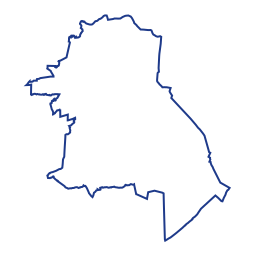 San Martín Texmelucan, Puebla, Mexico (Robinson projection)
{"feature_id": "50627088B54232272598666", "entity_name": "San Martín Texmelucan", "entity_type": "district", "adm_level": 2, "iso_a3": "MEX", "parent_name": "Mexico", "parent_adm1": "Puebla", "projection": "robinson", "projection_center": [-98.448, 19.266], "detail": "fine", "context": "isolated", "style": "outline", "palette": "blue", "viewbox_px": 256, "rotation_deg": 0, "n_neighbors": 0, "source": "geoboundaries", "source_scale": "gbopen_adm2", "svg_char_len": 5509}
<svg xmlns="http://www.w3.org/2000/svg" viewBox="0 0 256 256"><path d="M222.7,200.7L223.8,197.9L225.5,194.7L226.1,192.6L227.4,190.3L228.3,189.8L229.6,187.9L220.3,182.6L213.5,169.1L212.5,166.7L211.6,165.4L210.8,163.4L210.6,162.0L209.4,161.7L210.3,159.5L209.9,158.1L210.0,157.7L208.5,156.8L210.3,152.8L209.1,152.1L208.2,148.8L204.5,135.7L203.1,133.6L200.9,130.8L199.9,129.5L198.0,127.7L195.8,124.8L190.7,118.8L171.3,98.0L172.1,95.6L170.4,93.0L169.8,91.9L169.6,91.4L169.7,90.8L170.6,88.0L167.0,87.3L164.3,87.2L162.4,87.3L161.8,86.5L160.1,84.8L159.5,84.4L159.1,83.6L158.3,82.8L157.4,81.7L157.1,81.0L157.1,79.7L157.6,73.3L157.8,72.7L158.9,71.8L158.6,68.0L159.2,56.1L159.4,53.6L160.7,43.8L161.2,36.8L160.1,36.2L159.0,36.5L157.6,36.7L156.3,36.3L155.5,35.9L154.8,35.3L153.4,34.6L152.6,33.4L151.5,30.5L150.6,30.0L148.4,30.1L143.4,29.6L140.6,29.5L137.2,26.1L136.5,25.1L134.2,23.0L133.9,21.8L133.1,20.2L131.9,18.0L130.7,16.5L129.9,16.2L128.4,15.5L126.1,15.7L125.1,15.9L122.6,17.0L120.4,18.5L118.8,18.6L114.5,18.5L113.1,19.0L108.0,19.8L107.3,17.2L106.7,15.5L105.0,15.4L103.6,16.0L102.5,17.3L101.0,18.4L100.5,18.8L99.3,19.0L97.4,20.7L96.8,21.0L95.4,21.2L93.6,23.2L92.7,24.0L92.4,24.3L91.1,24.6L89.6,24.5L86.6,23.6L86.1,23.4L84.5,21.9L83.9,21.9L84.0,21.5L82.5,21.1L82.4,21.4L81.4,21.1L81.2,21.2L80.8,21.7L80.3,23.0L80.0,23.4L80.0,23.9L80.3,24.3L81.1,25.1L81.4,25.7L81.2,27.1L80.8,28.0L81.7,28.7L81.9,29.1L82.4,29.4L82.7,31.0L82.3,31.3L81.7,32.4L81.3,32.6L81.0,33.0L81.0,33.5L80.3,34.3L80.1,35.1L80.1,36.0L79.9,36.4L79.6,36.7L79.2,36.9L78.9,37.2L78.5,37.4L76.8,37.7L76.2,36.7L75.8,37.0L75.3,37.8L75.1,37.9L74.9,37.6L74.7,36.7L74.5,36.3L74.1,35.8L73.8,35.6L73.4,35.6L73.0,35.8L72.6,36.7L72.3,36.8L72.1,36.6L71.8,35.6L71.2,35.7L71.0,36.1L71.0,36.9L70.8,37.5L70.6,37.4L70.2,36.9L69.9,36.8L69.3,37.1L69.0,38.1L69.0,39.9L68.8,41.4L69.0,41.4L69.8,42.3L69.9,42.5L66.5,57.4L60.2,60.7L59.8,60.7L59.1,61.0L58.7,61.0L58.5,61.4L59.2,61.9L59.2,63.8L58.9,64.4L58.9,65.2L58.7,65.6L58.1,66.0L57.1,66.0L56.7,66.1L56.9,66.8L56.9,67.1L56.4,67.5L56.1,67.5L55.7,67.4L55.2,67.1L55.0,66.9L55.0,66.0L47.6,65.8L47.5,68.2L47.3,68.6L50.7,70.9L50.8,71.4L53.5,75.9L53.5,76.6L50.5,76.6L40.4,78.1L40.1,78.2L39.2,78.8L36.9,79.1L36.8,79.4L36.8,80.7L33.6,80.7L32.6,81.6L31.0,81.8L29.6,81.8L29.6,81.3L28.8,82.1L27.2,84.4L26.4,85.1L29.1,85.0L31.2,84.6L31.0,94.5L31.7,95.0L32.1,94.8L32.5,94.4L33.0,94.4L33.2,94.1L33.5,94.1L34.3,93.8L35.4,93.9L36.5,94.4L37.2,94.0L37.7,94.1L38.6,94.4L39.4,94.3L39.8,94.6L40.7,94.6L41.1,94.7L42.2,94.7L42.9,94.2L43.4,94.3L43.9,94.9L44.2,94.8L44.2,94.5L44.4,94.2L45.7,93.9L46.0,93.9L46.1,94.1L46.3,94.7L48.8,95.2L49.5,94.9L49.7,95.0L49.8,95.3L50.3,95.3L50.7,95.5L51.1,95.4L51.4,95.0L51.9,94.7L52.4,94.4L52.9,94.3L53.1,94.5L54.3,94.4L54.8,94.1L55.6,94.1L57.4,94.1L57.8,94.5L58.0,94.5L58.3,94.5L58.4,94.3L58.7,94.2L59.4,94.3L57.3,98.0L56.9,98.3L56.2,98.5L56.0,98.9L55.8,99.2L55.7,100.3L55.5,100.5L55.1,100.4L54.8,100.0L54.2,98.9L53.6,99.5L53.4,99.8L53.8,100.0L53.9,100.3L53.8,100.7L53.5,101.0L52.0,100.9L51.9,101.0L51.8,102.3L51.7,102.6L51.6,103.2L51.3,103.4L50.5,103.4L50.3,104.0L50.9,105.9L51.8,109.4L52.6,110.6L53.3,112.9L53.0,114.0L53.0,114.4L53.3,114.3L53.3,114.1L55.0,113.2L55.2,112.6L56.5,111.3L57.1,110.4L58.8,110.1L59.2,109.9L59.2,110.0L59.4,110.3L60.2,110.3L60.3,116.8L67.8,114.6L67.7,120.4L67.9,120.4L72.7,118.9L75.1,117.8L75.2,119.2L73.7,120.6L73.7,121.2L74.2,121.7L74.3,122.2L74.1,122.7L72.1,124.2L71.2,125.3L70.1,125.6L69.4,126.1L69.2,126.1L70.0,127.5L69.6,127.9L70.3,130.3L70.1,131.3L70.1,132.5L68.6,133.8L67.8,134.3L66.6,134.2L66.1,134.4L64.9,135.3L65.2,135.2L65.4,136.4L64.6,149.3L64.3,155.3L64.3,156.0L64.2,156.9L63.6,158.0L63.0,159.5L62.7,163.9L62.3,167.7L61.2,168.6L60.5,169.0L59.3,169.1L56.1,170.8L52.6,172.1L51.2,172.4L50.3,172.8L49.9,173.2L49.6,173.1L48.7,173.9L48.0,175.1L47.4,175.5L48.0,178.0L50.0,178.1L50.7,177.7L51.5,177.7L53.1,176.4L53.5,176.4L53.7,176.7L53.7,177.6L55.6,179.5L56.8,180.3L57.3,180.5L57.8,180.9L57.6,181.2L59.1,182.2L64.5,186.1L65.5,187.4L67.5,188.2L68.2,188.7L69.5,188.4L70.9,188.3L71.3,188.4L72.4,188.0L73.2,188.0L74.0,187.9L74.8,187.5L76.2,187.2L77.1,187.2L78.6,188.0L79.4,187.7L80.1,187.3L80.5,187.4L81.1,187.0L81.9,187.0L82.3,186.9L82.9,186.5L83.5,185.4L84.2,186.0L84.7,186.1L85.0,185.9L85.3,185.9L85.7,186.3L86.9,188.2L88.8,192.5L89.0,193.2L89.6,193.9L90.0,194.5L90.5,195.0L91.1,195.9L92.5,197.1L93.3,195.5L94.0,192.7L95.3,191.8L96.3,190.4L97.6,190.1L97.6,189.2L98.1,189.5L98.3,190.0L100.4,189.7L100.5,189.6L100.2,187.8L100.6,187.7L101.6,187.4L101.8,187.5L102.2,187.2L102.5,187.3L102.7,187.6L103.0,187.7L105.0,187.2L105.5,187.3L106.8,187.1L108.4,187.7L109.4,187.6L110.2,187.3L111.0,187.5L111.3,187.1L111.5,187.1L111.9,187.1L112.4,187.0L113.0,187.0L114.0,186.7L114.4,186.7L114.9,187.1L116.5,187.4L117.1,187.4L117.7,187.6L119.2,187.8L120.1,187.6L120.3,187.7L121.8,187.7L122.6,187.5L124.6,186.2L124.9,185.9L125.3,185.0L125.6,184.8L125.8,184.8L127.0,185.4L127.8,185.2L129.0,185.2L129.6,185.0L130.5,184.2L130.9,184.1L132.8,184.7L133.6,184.6L134.1,184.3L134.2,185.1L136.2,194.2L136.7,194.3L147.0,198.9L147.1,198.1L148.2,192.2L154.5,190.7L162.4,192.7L163.6,193.4L163.9,205.4L164.8,237.2L164.9,239.5L165.2,240.6L166.6,239.8L168.6,238.5L170.5,237.5L171.8,236.5L175.8,233.4L182.7,227.6L183.7,226.6L185.1,225.5L185.0,225.4L186.7,223.8L187.7,223.2L189.6,221.5L191.6,220.0L192.5,219.2L192.6,218.9L192.4,218.8L193.0,218.0L195.0,216.6L197.2,214.4L198.4,212.5L201.0,208.7L215.4,195.5L218.1,197.8L221.4,201.1L222.4,201.3L222.6,200.7L222.7,200.7Z" fill="none" stroke="#1e3a8a" stroke-width="2"/></svg>